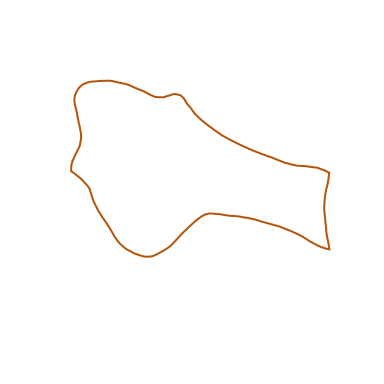 Sayun, Hadramawt, Yemen (Mercator projection), rotated 117°
{"feature_id": "15242507B12607527739382", "entity_name": "Sayun", "entity_type": "district", "adm_level": 2, "iso_a3": "YEM", "parent_name": "Yemen", "parent_adm1": "Hadramawt", "projection": "mercator", "projection_center": [48.811, 16.015], "detail": "fine", "context": "isolated", "style": "outline", "palette": "amber", "viewbox_px": 384, "rotation_deg": 117, "n_neighbors": 0, "source": "geoboundaries", "source_scale": "gbopen_adm2", "svg_char_len": 3171}
<svg xmlns="http://www.w3.org/2000/svg" viewBox="0 0 384 384"><g transform="rotate(117 192 192)"><path d="M112.6,78.3L112.5,83.0L112.6,83.7L113.0,86.9L113.5,91.7L114.2,93.4L115.0,95.7L115.7,97.6L116.4,99.4L116.6,100.0L117.7,103.2L119.4,107.0L120.9,110.6L122.1,114.9L122.8,118.6L123.3,120.6L123.7,122.4L124.2,126.6L124.2,127.1L124.6,131.2L124.8,134.1L124.8,135.5L125.6,139.9L126.0,142.9L126.1,144.4L126.4,146.2L126.7,149.4L127.2,154.2L127.5,157.6L127.5,158.3L127.7,162.2L127.9,166.2L128.0,167.6L128.1,171.4L128.1,174.7L128.1,176.1L128.2,181.2L128.1,185.3L127.9,190.3L127.4,194.7L126.7,199.8L125.7,205.5L124.6,211.8L123.3,217.4L123.1,217.9L122.2,221.0L121.1,224.7L119.4,228.2L117.4,231.9L115.8,236.1L112.4,241.6L111.1,245.6L111.8,249.4L112.1,250.8L112.6,252.0L113.4,253.1L114.7,254.5L115.2,255.0L115.5,255.1L118.0,257.9L120.6,260.4L122.8,265.0L124.2,268.6L124.3,272.4L124.3,276.6L124.2,280.9L124.6,284.9L125.0,289.9L125.2,294.0L125.2,294.9L125.3,296.0L125.8,300.1L126.5,302.3L126.9,303.8L128.2,308.7L128.8,311.2L129.3,313.5L129.8,314.7L131.0,317.4L132.3,319.8L133.5,322.1L136.4,326.9L139.6,332.1L142.9,335.9L145.3,337.7L146.5,338.6L148.0,339.2L150.2,340.0L153.0,340.3L154.8,340.4L159.6,340.1L163.4,338.6L166.8,336.4L167.1,336.1L170.0,333.7L172.4,331.6L173.9,330.3L175.9,328.9L177.7,327.5L180.3,325.4L181.3,324.6L184.2,322.2L187.3,319.8L190.4,317.4L193.0,316.0L194.4,315.3L195.0,315.1L198.0,314.1L202.1,312.9L203.1,312.9L206.4,312.9L209.1,312.8L210.2,312.8L212.7,312.8L214.0,312.7L214.7,312.7L218.4,312.5L222.5,311.8L225.7,310.4L228.2,309.3L228.6,307.1L228.9,304.9L229.7,301.3L230.3,298.3L230.5,297.3L231.5,294.4L232.2,292.3L233.9,287.9L235.9,284.4L239.0,281.5L242.0,278.5L244.1,276.4L245.1,275.4L245.2,275.2L247.7,271.8L250.0,268.7L250.4,268.3L253.2,263.8L255.4,260.0L256.2,258.4L257.3,256.4L259.2,252.9L259.5,252.4L262.1,248.1L264.3,244.6L265.3,243.1L266.7,241.1L268.7,237.4L270.3,233.9L270.7,233.1L271.8,228.9L272.4,226.0L272.7,224.2L272.8,221.5L272.8,219.6L272.9,215.3L272.2,210.3L271.5,206.5L271.2,205.2L269.4,201.4L269.3,201.0L268.2,199.6L266.9,197.8L263.8,195.3L262.1,194.2L260.5,193.0L257.1,190.7L253.2,188.4L251.2,187.4L249.7,186.7L245.1,185.2L241.9,184.3L240.2,183.8L235.8,182.7L231.4,181.3L226.4,179.5L225.5,179.2L222.4,178.1L217.5,176.2L213.5,174.5L211.9,173.7L209.7,172.6L206.1,170.1L204.9,168.8L203.2,166.6L201.8,163.6L201.5,162.8L201.1,161.8L199.8,158.9L198.5,155.0L197.2,150.8L196.3,148.4L195.8,147.0L195.4,146.1L194.0,143.0L192.5,139.2L191.6,136.0L191.3,135.0L190.8,133.5L189.8,130.8L189.1,127.9L188.8,126.8L187.7,122.5L187.6,122.0L186.9,117.0L186.1,113.3L185.0,108.2L184.4,105.1L184.1,103.5L183.1,98.9L182.7,94.7L182.3,90.3L181.9,86.0L181.8,84.5L181.7,81.6L181.6,80.0L181.5,76.8L181.6,74.8L181.6,72.5L181.8,71.0L182.1,67.6L182.5,63.8L182.5,59.7L182.6,55.9L182.6,55.1L182.6,54.9L182.3,51.2L181.7,47.2L180.7,43.6L178.0,45.5L176.2,46.8L174.3,48.3L172.8,49.5L169.8,51.9L166.4,54.3L162.6,56.5L159.3,58.8L154.8,61.6L152.3,63.2L151.0,64.1L146.8,66.7L143.2,68.4L142.3,68.8L141.3,69.2L138.3,70.4L136.0,71.3L134.6,71.8L129.4,73.5L127.5,73.9L124.9,74.4L120.0,75.8L117.9,76.5L116.3,77.1L113.4,78.1L112.6,78.3Z" fill="none" stroke="#b45309" stroke-width="2"/></g></svg>